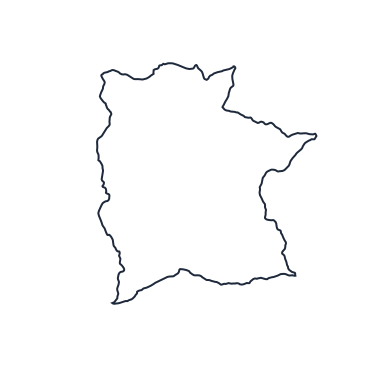 the district of Tangsibji, Tongsa, Bhutan, rotated 21°
{"feature_id": "84629894B49334077876628", "entity_name": "Tangsibji", "entity_type": "district", "adm_level": 2, "iso_a3": "BTN", "parent_name": "Bhutan", "parent_adm1": "Tongsa", "projection": "robinson", "projection_center": [90.389, 27.406], "detail": "fine", "context": "isolated", "style": "outline", "palette": "slate", "viewbox_px": 384, "rotation_deg": 21, "n_neighbors": 0, "source": "geoboundaries", "source_scale": "gbopen_adm2", "svg_char_len": 6005}
<svg xmlns="http://www.w3.org/2000/svg" viewBox="0 0 384 384"><g transform="rotate(21 192 192)"><path d="M157.4,324.2L158.3,324.4L159.3,324.3L163.1,322.3L165.0,320.9L168.9,317.7L170.8,317.0L171.9,315.6L173.2,314.5L173.8,314.1L174.9,312.5L176.0,310.0L176.3,308.2L176.9,306.8L177.0,306.3L176.5,304.9L176.7,304.4L178.1,302.9L180.1,301.6L181.1,299.7L181.7,299.1L184.0,297.5L186.9,294.5L189.1,291.7L190.3,289.9L199.5,280.1L201.2,279.0L204.4,277.6L205.1,277.1L206.3,275.2L207.1,274.3L208.1,272.8L208.4,271.4L208.1,269.0L208.3,268.5L208.6,268.2L211.8,267.3L214.8,266.9L217.4,266.9L217.9,267.1L219.2,268.0L221.8,268.7L223.7,269.0L225.3,268.5L226.9,267.8L229.0,267.2L230.7,267.3L232.2,267.9L237.1,268.9L239.8,268.0L242.0,268.0L245.8,267.6L247.3,267.2L249.5,267.4L252.1,268.1L253.0,267.8L254.6,266.4L255.1,266.1L256.4,265.8L258.7,264.0L261.9,263.4L263.8,262.4L264.9,262.1L265.7,261.5L267.5,260.8L268.6,260.7L269.7,261.0L270.4,260.9L271.6,260.6L272.5,260.1L273.3,259.6L275.8,257.3L277.2,257.0L278.2,256.5L278.4,256.0L278.6,254.6L279.0,253.8L280.4,251.3L281.7,250.2L283.8,249.7L284.1,249.3L287.1,247.4L291.6,247.0L293.1,246.6L293.5,246.4L294.0,245.5L294.7,244.7L296.8,243.2L298.9,241.9L302.0,239.3L304.1,237.0L305.0,236.5L306.8,235.6L308.3,235.2L309.3,235.1L311.8,235.2L312.8,235.1L315.5,233.8L318.0,233.4L318.5,233.1L318.1,232.6L317.8,231.7L317.5,231.3L317.4,230.9L316.9,230.6L313.9,230.8L311.0,230.0L310.0,229.5L309.1,228.7L308.3,227.3L306.9,226.1L305.2,223.5L302.9,221.0L301.4,218.7L300.5,218.0L298.5,217.3L298.0,216.8L297.8,216.0L297.8,215.3L299.0,212.0L299.0,211.1L298.7,209.6L298.3,208.6L298.2,206.8L298.1,206.1L297.5,205.2L295.5,203.7L293.1,201.4L291.4,199.5L290.0,198.6L288.6,196.4L287.7,196.2L287.0,196.3L285.5,196.2L285.0,195.9L284.1,195.0L282.7,192.7L282.1,191.5L281.0,190.2L278.9,189.2L277.9,189.1L276.3,189.9L274.2,190.5L271.8,190.9L270.4,190.7L269.7,190.3L269.4,190.0L269.2,189.4L268.9,186.9L268.0,184.5L267.5,182.2L265.8,180.3L265.4,179.5L265.0,178.3L264.3,177.1L261.8,175.5L258.9,172.6L256.6,170.6L256.2,169.8L255.7,169.2L255.1,167.8L254.9,166.3L254.4,164.9L253.9,163.8L253.5,163.3L254.0,159.3L253.0,153.4L253.9,150.6L254.2,147.9L254.5,146.8L255.0,145.9L257.6,143.1L258.1,142.7L260.0,142.0L261.5,141.7L262.4,141.7L264.3,142.1L265.4,141.8L266.4,141.2L269.0,139.9L270.6,138.2L272.9,132.9L273.1,131.5L272.9,128.9L273.0,127.3L273.9,123.9L275.2,120.6L275.6,118.9L276.1,117.6L278.3,113.6L279.1,111.7L279.1,109.7L279.6,107.0L280.2,105.4L282.3,102.6L283.2,101.6L283.5,101.5L284.7,99.9L287.2,99.0L287.5,98.6L288.1,95.1L286.9,93.9L286.1,93.5L285.7,93.7L284.5,94.8L281.0,95.9L278.5,96.1L277.5,96.3L275.6,97.0L272.5,98.5L269.5,99.1L265.1,102.6L264.1,103.7L262.9,105.4L262.0,106.0L261.5,106.1L260.5,106.0L257.4,104.4L255.9,104.3L254.9,104.1L253.6,103.3L252.1,102.0L251.6,101.8L247.1,101.2L245.7,100.7L244.4,99.9L243.5,99.5L241.6,99.0L240.6,99.2L240.1,99.5L238.0,101.7L237.1,102.2L236.6,102.4L235.6,102.3L233.8,101.4L231.9,101.4L230.7,102.0L229.4,103.6L228.5,104.0L223.5,103.5L222.6,103.0L221.0,101.8L220.0,101.5L218.2,102.4L214.8,103.1L214.3,103.0L212.9,102.4L209.4,102.1L206.5,101.4L206.0,101.4L205.1,101.8L203.1,101.9L199.2,103.0L197.2,103.0L195.3,103.5L193.7,103.5L192.8,103.3L192.3,103.1L191.5,102.5L190.5,102.2L190.1,101.9L190.0,101.5L190.4,99.1L190.7,95.7L191.3,92.7L191.6,89.5L190.9,86.5L190.6,81.8L190.8,80.8L192.4,78.1L192.4,77.6L192.1,76.6L189.3,72.2L188.0,69.4L187.8,68.3L187.7,66.3L187.8,63.1L188.1,60.9L187.9,60.5L187.3,59.9L186.5,59.6L185.7,59.9L185.7,60.4L185.5,60.8L183.8,62.8L182.7,63.9L177.7,67.3L176.7,68.5L172.9,71.0L170.2,73.3L169.5,74.2L169.1,75.1L167.3,76.9L167.1,77.4L166.7,78.4L166.7,79.4L166.5,80.4L165.7,81.8L165.5,82.0L163.5,82.0L163.1,81.9L162.3,81.3L159.4,77.5L158.4,76.4L157.1,75.6L153.3,74.2L151.4,72.3L150.6,71.9L150.3,72.0L149.6,73.0L149.2,75.6L149.0,76.1L148.2,76.7L145.5,78.1L143.5,78.5L142.0,78.7L133.0,78.5L128.0,78.8L127.0,79.1L123.7,80.3L120.9,82.5L119.3,82.6L118.3,84.4L116.5,85.4L116.2,85.8L116.3,87.9L115.7,89.2L113.2,90.9L112.5,92.0L113.4,94.8L113.8,95.4L111.6,98.5L111.1,99.6L109.2,102.0L108.4,102.7L105.5,104.7L101.6,105.8L98.3,107.1L97.4,107.3L96.4,107.2L89.5,105.8L87.5,106.0L85.7,106.9L84.3,107.3L82.3,107.1L80.9,106.5L79.9,106.3L75.4,106.3L74.4,106.5L73.5,107.0L72.1,108.5L70.9,109.4L70.3,110.2L67.3,112.2L66.7,113.1L66.4,114.0L65.7,114.8L65.5,115.5L65.9,116.2L66.2,116.6L68.1,118.3L70.6,120.1L71.2,120.9L71.5,122.5L71.2,125.1L71.8,127.6L71.5,131.8L71.6,134.9L71.8,135.9L73.3,137.3L75.9,138.9L77.6,139.8L79.7,140.3L80.4,141.6L81.1,142.1L82.2,143.6L83.5,144.6L85.6,145.5L86.5,146.3L87.6,146.6L88.8,148.2L88.5,151.1L88.6,152.2L89.8,156.1L90.8,158.0L91.0,159.0L90.6,160.5L89.7,162.4L89.4,163.4L87.8,171.6L87.4,172.6L85.4,175.6L85.2,176.1L85.1,177.6L85.4,179.2L87.4,183.7L88.6,187.6L89.5,188.9L91.0,190.3L91.6,191.2L92.6,193.6L93.2,195.9L93.7,196.1L94.7,196.2L95.1,196.4L97.6,198.3L99.0,199.7L100.1,202.1L101.0,203.4L101.4,204.3L103.1,212.5L103.4,212.9L104.1,213.6L106.0,214.4L106.4,214.7L106.6,215.2L106.8,216.8L106.3,218.3L106.4,218.8L107.0,219.2L109.1,219.2L110.0,219.6L110.4,219.9L111.5,221.6L111.7,222.1L111.8,223.2L112.0,223.6L113.0,223.9L115.0,223.9L115.5,224.1L115.9,224.4L116.4,225.6L117.1,228.1L117.0,229.2L116.9,229.7L116.4,230.6L114.7,231.7L114.0,232.4L112.8,234.1L112.5,235.1L112.2,237.2L111.9,242.4L112.0,244.5L112.2,245.5L113.7,247.6L117.9,252.1L120.5,255.3L123.5,257.3L126.2,260.4L127.6,261.8L128.5,262.4L129.0,262.3L129.8,261.7L130.2,261.6L132.1,262.5L133.7,263.7L135.2,265.1L137.7,269.6L138.3,270.4L140.6,271.7L141.6,272.8L142.8,273.7L143.8,274.0L144.3,274.0L145.2,273.6L145.7,273.8L146.0,274.2L146.5,275.2L146.8,277.7L149.0,279.9L149.2,280.4L149.8,283.5L150.2,284.4L150.5,284.8L152.4,285.5L154.2,286.5L155.8,287.7L156.4,288.5L156.7,289.5L156.3,290.5L155.6,291.3L154.3,292.0L153.6,292.8L153.2,293.8L153.0,295.3L153.6,298.9L154.1,299.9L155.8,301.8L156.2,302.7L156.6,304.8L156.7,308.4L156.9,309.4L157.4,310.4L159.3,312.8L159.7,313.7L159.8,316.3L160.3,317.8L160.3,318.4L158.9,322.8L157.4,324.2Z" fill="none" stroke="#1e293b" stroke-width="2"/></g></svg>